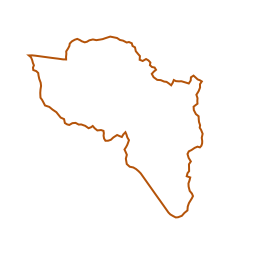 Terra Nova, Pernambuco, Brazil (Albers equal-area conic projection), rotated 258°
{"feature_id": "56859067B57028644617206", "entity_name": "Terra Nova", "entity_type": "district", "adm_level": 2, "iso_a3": "BRA", "parent_name": "Brazil", "parent_adm1": "Pernambuco", "projection": "albers", "projection_center": [-39.396, -8.152], "detail": "fine", "context": "isolated", "style": "outline", "palette": "amber", "viewbox_px": 256, "rotation_deg": 258, "n_neighbors": 0, "source": "geoboundaries", "source_scale": "gbopen_adm2", "svg_char_len": 2442}
<svg xmlns="http://www.w3.org/2000/svg" viewBox="0 0 256 256"><g transform="rotate(258 128 128)"><path d="M205.4,151.6L207.3,149.5L210.1,149.3L211.9,146.8L211.9,144.5L214.5,141.3L215.8,138.4L218.3,136.0L219.8,132.6L221.1,129.6L220.8,126.8L220.5,123.9L220.2,121.7L220.3,118.9L220.5,115.3L221.9,112.1L221.8,108.4L220.9,105.8L220.8,103.5L222.4,100.9L224.1,99.1L225.7,96.9L225.4,94.3L224.4,91.1L222.7,88.6L220.4,87.7L218.1,85.8L215.8,83.5L213.3,83.1L210.5,82.2L207.9,81.7L208.7,78.5L210.4,73.9L212.4,68.1L218.0,52.4L219.0,49.3L219.6,46.1L217.4,47.8L214.3,48.4L211.5,48.5L208.9,49.0L206.8,47.6L204.4,47.4L202.7,50.1L200.5,51.6L198.0,51.4L194.5,51.4L190.5,52.0L187.2,51.7L183.8,50.4L180.7,49.5L178.4,49.1L175.8,48.7L173.4,49.8L170.3,50.7L167.3,51.5L165.0,55.4L161.7,58.0L158.4,61.2L155.4,62.7L152.2,64.3L150.0,67.3L146.0,67.3L144.2,69.2L143.2,71.2L144.3,74.6L143.9,77.8L141.6,80.5L141.2,83.0L139.0,86.6L136.0,89.4L136.4,91.9L137.3,93.9L134.6,95.4L132.0,97.5L131.6,101.2L130.3,103.4L128.0,103.3L125.5,102.5L122.7,102.4L120.2,103.3L119.7,105.9L120.0,108.7L121.8,111.7L123.4,115.9L121.8,118.1L120.5,120.1L122.7,122.1L124.4,124.6L122.1,125.1L118.9,125.4L115.9,126.4L113.9,125.2L111.7,123.8L109.9,122.3L107.7,120.1L104.6,120.8L102.0,121.3L98.4,119.5L93.0,119.3L89.8,121.6L88.3,125.0L86.1,127.4L83.5,129.4L81.0,131.0L56.8,141.4L52.9,143.1L50.4,144.2L36.9,150.0L34.7,151.4L32.5,153.8L30.6,156.1L30.3,158.4L30.9,162.4L33.2,165.5L35.0,169.0L38.7,170.1L41.9,172.0L44.1,174.1L46.0,175.9L47.9,177.4L50.5,176.9L53.6,175.3L58.1,175.1L61.2,175.6L64.0,177.3L66.7,178.6L68.6,175.4L71.4,176.8L73.1,178.8L76.7,179.5L79.9,180.1L82.2,182.5L86.2,181.1L90.2,180.8L92.5,182.6L93.2,185.4L94.7,189.1L95.3,192.1L94.1,194.3L95.4,196.1L97.5,197.3L99.8,197.9L103.1,198.1L106.8,199.8L110.9,199.1L113.4,198.2L115.7,199.1L119.2,198.7L121.8,199.0L124.8,199.5L127.5,197.3L131.9,196.1L135.2,196.6L136.3,198.8L137.3,201.0L139.9,201.4L142.8,202.2L146.3,201.8L149.3,204.7L152.6,206.9L155.9,207.5L158.2,209.9L159.7,208.3L161.0,206.3L163.1,204.8L165.6,203.0L164.5,200.1L161.4,199.2L158.9,196.7L160.7,193.5L162.6,190.0L163.1,187.3L163.9,184.6L165.4,182.8L162.9,181.1L160.8,179.1L163.1,177.2L165.1,175.3L165.9,173.0L168.0,170.0L169.0,166.6L172.4,163.6L176.0,162.5L177.8,165.0L179.1,167.5L181.6,166.6L182.7,164.1L184.9,162.5L187.4,163.5L189.9,162.0L191.7,160.0L190.5,156.3L192.3,153.6L195.9,154.6L198.4,153.2L201.5,151.6L205.4,151.6Z" fill="none" stroke="#b45309" stroke-width="2"/></g></svg>